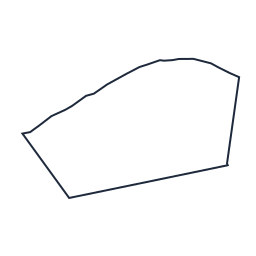 the district of Georgeville, Castries, Saint Lucia, rotated 187°
{"feature_id": "8701671B52064180240109", "entity_name": "Georgeville", "entity_type": "district", "adm_level": 2, "iso_a3": "LCA", "parent_name": "Saint Lucia", "parent_adm1": "Castries", "projection": "robinson", "projection_center": [-60.984, 14.013], "detail": "fine", "context": "isolated", "style": "outline", "palette": "slate", "viewbox_px": 256, "rotation_deg": 187, "n_neighbors": 0, "source": "geoboundaries", "source_scale": "gbopen_adm2", "svg_char_len": 476}
<svg xmlns="http://www.w3.org/2000/svg" viewBox="0 0 256 256"><g transform="rotate(187 128 128)"><path d="M80.9,84.1L24.5,103.2L25.4,104.9L23.9,192.0L33.9,195.0L45.7,199.2L53.5,202.3L71.4,204.6L86.0,202.7L92.1,200.8L100.5,199.2L104.6,199.2L117.1,193.1L123.9,190.0L135.7,181.9L154.0,168.7L166.1,157.9L173.6,154.8L186.1,143.2L192.2,138.6L205.4,130.5L217.2,118.9L220.6,115.8L224.6,112.0L232.1,109.6L177.9,51.4L80.9,84.1Z" fill="none" stroke="#1e293b" stroke-width="2"/></g></svg>